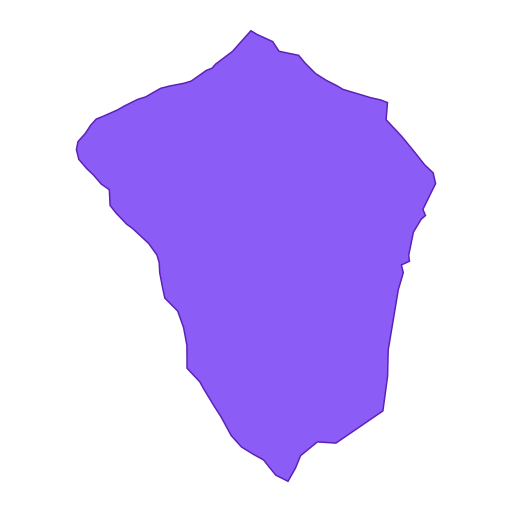 the district of Zing, Taraba, Nigeria
{"feature_id": "59680162B60568566930973", "entity_name": "Zing", "entity_type": "district", "adm_level": 2, "iso_a3": "NGA", "parent_name": "Nigeria", "parent_adm1": "Taraba", "projection": "mercator", "projection_center": [11.715, 8.874], "detail": "fine", "context": "isolated", "style": "filled", "palette": "violet", "viewbox_px": 512, "rotation_deg": 0, "n_neighbors": 0, "source": "geoboundaries", "source_scale": "gbopen_adm2", "svg_char_len": 1465}
<svg xmlns="http://www.w3.org/2000/svg" viewBox="0 0 512 512"><path d="M288.0,481.3L295.4,468.3L300.6,455.6L317.4,441.9L335.9,443.1L382.9,410.9L387.6,376.1L388.2,350.1L393.6,317.8L398.3,289.7L403.3,272.7L401.4,264.9L409.5,261.2L408.7,255.3L413.4,232.2L415.1,229.3L419.8,221.5L421.2,219.2L425.5,215.5L422.9,209.4L430.9,193.1L431.0,192.9L435.6,183.7L433.2,172.9L424.6,164.8L413.6,150.9L401.8,136.5L386.1,119.7L387.5,102.6L387.4,102.6L380.9,100.0L374.2,98.5L370.7,97.7L352.1,92.1L346.6,90.5L346.5,90.4L344.1,89.7L343.0,89.4L336.5,85.5L326.0,80.2L321.6,77.4L315.6,73.6L305.1,63.1L298.6,55.3L294.6,54.5L286.8,52.9L280.1,51.5L279.0,51.2L272.7,41.6L264.8,38.0L256.9,34.4L250.9,30.7L247.2,34.9L241.7,41.0L238.0,45.2L232.5,51.4L221.3,59.8L215.7,64.0L212.0,68.2L206.3,70.4L204.6,71.6L198.7,75.8L191.3,81.0L186.9,82.4L183.7,83.3L170.2,85.9L160.7,88.3L153.1,92.6L145.6,96.9L137.9,99.3L134.2,101.1L124.7,105.8L117.1,110.1L101.9,116.8L96.3,119.0L90.7,125.2L85.3,133.4L78.0,141.6L76.4,149.6L78.8,159.4L87.0,168.9L93.1,174.6L101.3,184.1L109.3,189.7L109.7,197.6L110.1,205.5L116.2,213.2L126.8,224.3L132.4,228.3L138.5,234.0L148.6,243.4L156.9,254.9L159.2,262.7L159.7,272.6L162.3,286.3L164.8,298.1L172.6,305.9L177.7,311.1L183.6,327.6L185.9,340.0L186.9,345.4L187.0,358.4L187.0,368.2L199.7,381.7L204.0,389.4L214.5,406.7L220.7,416.3L225.0,424.1L231.3,435.7L241.6,447.1L253.5,454.4L263.5,459.9L274.1,473.1L275.8,475.2L288.0,481.3Z" fill="#8b5cf6" stroke="#5b21b6" stroke-width="1.5"/></svg>